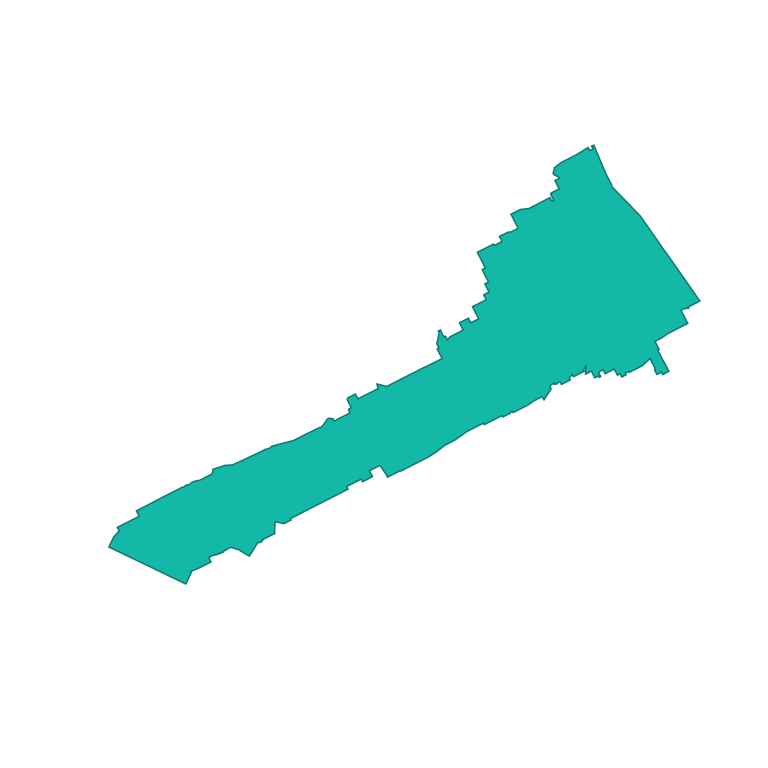 Kulin, Western Australia, Australia, rotated 153°
{"feature_id": "25037944B90327134540623", "entity_name": "Kulin", "entity_type": "district", "adm_level": 2, "iso_a3": "AUS", "parent_name": "Australia", "parent_adm1": "Western Australia", "projection": "natural_earth1", "projection_center": [118.699, -32.766], "detail": "fine", "context": "isolated", "style": "filled", "palette": "teal", "viewbox_px": 768, "rotation_deg": 153, "n_neighbors": 0, "source": "geoboundaries", "source_scale": "gbopen_adm2", "svg_char_len": 5619}
<svg xmlns="http://www.w3.org/2000/svg" viewBox="0 0 768 768"><g transform="rotate(153 384 384)"><path d="M64.9,314.5L68.1,337.4L71.1,359.0L72.8,370.6L73.7,376.3L74.4,381.4L74.5,381.3L75.0,384.4L74.8,384.4L75.5,389.7L78.9,413.9L79.4,417.4L79.5,417.8L79.6,418.2L82.2,426.3L83.8,432.0L84.7,434.8L86.7,441.2L89.8,451.2L91.0,454.9L91.3,456.0L91.3,456.4L91.3,456.7L90.8,457.8L90.8,458.7L90.8,470.9L90.5,475.2L89.9,484.0L88.6,501.5L90.9,501.8L90.9,501.7L91.1,498.6L94.8,498.6L94.8,502.1L96.6,501.9L108.1,500.9L114.3,500.9L119.7,500.9L125.7,500.9L129.2,500.2L133.7,499.4L137.6,495.1L137.6,493.6L134.1,488.7L134.1,487.7L139.3,487.7L139.4,482.0L139.3,478.3L146.7,478.3L148.1,478.3L148.1,477.5L149.3,477.5L149.3,470.7L151.5,470.7L151.5,474.7L166.1,474.6L175.3,474.6L183.3,477.6L188.6,477.6L193.8,477.6L193.8,461.8L202.0,461.9L204.7,463.0L214.1,463.1L214.2,457.4L223.1,457.4L223.1,459.0L229.1,459.0L236.0,459.0L240.9,459.0L241.0,459.0L241.0,451.6L241.1,444.2L241.1,441.3L244.6,441.3L244.6,435.8L244.6,427.4L248.7,427.4L248.7,418.2L254.6,418.2L254.6,417.7L254.6,412.7L264.7,412.7L269.9,412.7L270.1,412.7L270.1,399.1L278.9,399.1L278.9,404.3L287.3,404.3L289.0,404.3L289.0,396.1L293.8,396.1L302.9,396.1L303.4,396.0L307.6,394.7L307.6,396.0L307.6,398.8L309.3,398.8L309.3,406.5L311.7,406.5L311.5,406.0L311.5,405.5L311.5,405.0L311.7,404.6L311.9,404.2L315.1,400.3L315.2,399.9L316.1,398.8L316.3,398.5L316.6,398.4L317.1,397.8L317.3,397.7L318.7,396.0L318.7,391.0L320.7,391.0L320.7,380.3L327.4,380.3L333.6,380.3L338.0,380.3L339.5,380.5L341.0,380.6L345.4,380.6L346.7,380.6L347.8,380.6L348.4,380.6L350.9,380.6L353.1,380.6L359.2,380.6L367.0,380.6L370.7,380.6L374.5,380.6L376.3,380.6L382.7,380.5L384.0,381.7L389.0,386.2L390.2,387.3L390.3,387.2L391.2,382.6L400.8,382.6L407.4,382.6L410.4,382.6L413.8,382.6L414.0,382.6L414.0,388.1L415.9,388.1L422.8,388.0L423.9,386.8L423.9,377.8L423.9,377.6L426.2,377.7L426.7,377.6L427.1,377.3L427.3,376.9L427.4,376.4L427.4,374.5L427.6,374.0L428.0,373.7L428.4,373.7L430.0,373.7L433.3,373.7L436.5,373.7L441.4,373.7L445.2,373.5L445.2,376.2L448.2,378.3L450.4,378.5L452.2,377.5L454.6,376.2L457.1,374.8L458.5,374.5L460.1,373.9L460.4,374.0L461.0,374.5L469.3,374.6L472.5,374.6L473.6,374.7L473.8,374.7L478.4,374.7L484.6,374.7L490.0,374.7L498.9,376.6L500.7,377.0L511.4,379.3L512.2,379.4L512.8,379.5L513.9,378.9L516.7,378.9L518.8,379.4L519.0,379.6L521.9,379.6L528.0,379.7L529.6,379.7L529.9,379.8L533.4,379.9L538.5,380.0L547.2,380.3L554.1,380.6L555.9,380.6L556.3,380.9L562.3,383.6L565.5,384.1L570.4,384.9L574.7,385.6L574.9,385.7L577.9,381.9L584.6,381.9L590.0,381.9L591.6,381.9L594.6,382.7L596.1,383.1L597.5,383.5L601.0,383.5L601.7,383.0L602.4,382.8L603.8,382.9L605.1,383.6L607.3,383.6L609.5,383.1L611.0,383.6L616.2,383.6L621.4,383.6L624.6,383.6L625.0,383.6L625.3,383.6L630.2,383.6L635.1,383.6L635.3,383.6L637.0,383.6L653.8,383.4L662.2,383.4L662.2,377.3L670.0,377.3L679.4,377.3L686.7,377.3L686.8,373.1L694.1,370.5L696.5,368.7L703.1,363.6L702.2,362.4L699.4,358.8L696.7,355.2L693.0,350.4L689.9,346.3L689.8,346.2L689.1,345.3L687.5,343.2L683.9,338.4L682.0,336.0L677.5,330.0L673.8,325.2L670.8,321.2L667.4,316.8L666.5,315.6L666.4,315.5L664.6,313.2L662.9,310.8L661.3,308.8L659.2,306.1L657.3,303.6L654.6,300.0L652.8,297.6L651.4,295.8L641.4,303.4L641.4,304.7L631.6,304.0L623.4,304.0L619.0,304.0L619.0,308.9L613.2,308.9L613.2,308.7L612.3,308.7L611.5,308.0L607.2,307.5L606.8,307.4L606.8,308.1L605.2,307.5L603.4,307.2L602.3,308.0L600.6,307.9L597.0,308.2L595.9,308.2L594.7,307.7L594.4,307.5L593.8,307.3L593.0,306.6L592.1,305.5L591.9,305.5L589.9,303.1L588.2,302.3L588.0,300.8L587.5,300.2L585.0,296.3L582.0,291.7L580.6,293.0L579.8,293.1L574.0,296.6L572.5,297.6L569.8,299.2L568.9,300.1L568.0,300.0L567.7,299.5L567.3,299.3L566.3,299.1L564.4,299.2L563.1,300.0L562.8,300.2L562.4,300.5L561.5,300.6L561.5,300.4L556.9,300.4L549.1,300.4L549.2,301.0L543.5,310.7L540.8,308.5L540.7,308.4L536.5,305.0L530.1,305.0L528.5,305.0L528.5,306.5L520.8,306.5L507.9,306.6L499.9,306.6L487.1,306.6L479.7,306.6L463.7,306.7L463.7,309.6L461.2,309.6L451.1,309.6L447.4,309.6L447.4,306.6L436.3,306.7L436.3,313.3L429.6,313.3L424.5,313.3L423.2,302.6L423.1,299.3L412.5,299.4L409.2,299.4L408.6,298.8L406.9,298.8L402.0,298.8L398.7,298.8L392.8,298.8L392.2,299.0L391.7,298.8L388.9,298.8L380.1,298.8L377.2,298.8L371.6,299.4L366.7,299.9L366.1,300.1L365.8,300.3L364.1,300.6L360.7,301.2L357.1,301.8L353.0,301.8L346.5,301.8L339.9,302.8L331.6,304.0L327.0,304.0L319.6,304.0L313.1,304.0L313.1,302.3L306.4,302.3L293.2,302.3L293.2,300.7L288.3,300.7L284.9,300.7L284.9,301.3L281.9,301.3L281.9,299.9L275.4,299.9L265.3,299.9L258.4,300.9L254.0,300.9L248.9,300.9L248.6,297.3L244.6,299.6L237.5,303.6L236.7,307.2L232.3,307.7L232.4,306.2L230.8,306.2L230.4,305.6L229.6,305.6L228.9,306.2L226.1,306.2L226.1,303.1L218.9,303.1L216.1,303.1L216.1,305.3L211.8,307.0L211.8,304.5L199.7,304.5L199.7,306.0L195.5,308.7L195.7,308.4L195.9,308.0L196.0,307.7L196.2,307.4L200.0,301.3L193.4,301.4L193.4,293.8L189.2,293.8L189.2,292.3L187.5,292.3L187.5,297.2L182.3,297.2L182.3,292.8L180.7,292.8L177.4,292.8L172.0,292.8L172.0,289.0L172.0,285.9L169.0,285.9L169.0,282.3L164.1,282.3L164.1,284.2L160.4,284.2L160.4,283.1L156.5,283.1L153.3,283.0L145.8,283.0L140.3,284.5L136.4,285.6L135.4,285.9L135.4,274.0L136.6,273.7L136.5,268.6L131.2,268.6L131.4,267.3L131.5,266.0L131.5,265.9L124.4,265.9L124.4,269.2L124.4,273.4L124.5,277.3L124.7,277.2L124.7,277.4L124.7,289.8L123.2,289.8L123.2,298.9L118.8,299.0L116.0,299.0L108.5,300.0L97.3,300.1L90.6,300.1L85.8,300.1L85.8,309.3L85.9,313.6L85.9,314.6L85.7,314.8L81.9,314.8L78.2,313.2L78.2,314.5L68.1,314.5L65.0,314.5L64.9,314.5Z" fill="#14b8a6" stroke="#0f766e" stroke-width="1.5"/></g></svg>